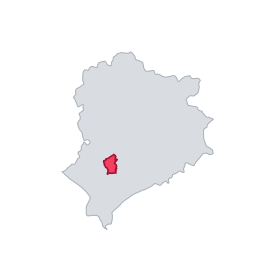 location of Baranovichy, Brest, Belarus, rotated 322°
{"feature_id": "67162791B97838850570601", "entity_name": "Baranovichy", "entity_type": "district", "adm_level": 2, "iso_a3": "BLR", "parent_name": "Belarus", "parent_adm1": "Brest", "projection": "orthographic", "projection_center": [25.916, 53.118], "detail": "fine", "context": "in_parent", "style": "filled", "palette": "rose", "viewbox_px": 256, "rotation_deg": 322, "n_neighbors": 0, "source": "geoboundaries", "source_scale": "gbopen_adm2", "svg_char_len": 6544}
<svg xmlns="http://www.w3.org/2000/svg" viewBox="0 0 256 256"><g transform="rotate(322 128 128)"><path d="M200.5,173.7L197.0,173.7L192.8,174.1L190.5,176.0L187.9,175.4L186.1,176.4L182.3,181.3L180.8,183.8L179.5,187.7L178.7,190.5L179.4,192.4L180.3,194.2L180.6,196.2L181.1,197.7L180.1,198.8L179.6,200.5L177.8,200.3L175.5,198.9L174.9,196.7L173.1,195.3L172.0,194.5L170.1,194.5L167.3,195.4L163.5,196.2L160.6,196.5L159.1,197.3L156.8,198.2L155.9,197.3L154.5,194.9L153.3,192.4L152.6,191.3L151.9,191.1L151.2,191.1L150.3,192.0L149.7,192.8L147.3,193.9L146.3,194.8L145.2,197.2L144.4,197.1L143.6,196.6L142.6,194.0L141.3,193.4L139.3,193.5L136.8,193.0L134.8,192.3L134.0,192.5L132.9,193.6L131.6,193.8L128.7,192.9L128.1,193.4L126.6,196.3L125.8,196.5L125.3,196.1L125.5,193.6L123.9,192.8L121.1,192.7L119.1,193.1L118.1,193.0L117.6,192.6L115.2,188.4L113.9,188.2L111.6,188.4L108.3,188.0L104.4,187.1L102.3,186.7L101.2,185.8L98.8,185.5L92.4,183.8L89.8,183.4L86.0,183.4L80.2,183.0L76.5,183.1L74.7,183.7L72.7,184.0L65.8,184.4L63.3,184.8L62.6,185.7L61.7,187.6L58.8,190.8L55.9,193.0L55.4,193.2L53.8,191.9L52.5,191.5L50.9,191.3L49.8,191.7L49.0,192.2L49.1,194.8L48.9,195.0L47.8,191.9L47.9,189.1L48.7,187.6L49.5,186.2L49.3,184.1L50.2,181.3L50.3,179.3L49.9,178.4L49.3,177.3L47.6,176.2L46.8,175.2L44.4,174.0L42.1,172.4L41.7,171.5L41.8,170.9L42.3,170.0L44.2,167.3L46.3,164.8L47.6,163.7L54.4,160.6L55.4,159.4L55.8,157.4L55.8,153.3L55.5,149.6L55.0,147.0L53.9,142.2L50.8,132.2L49.1,121.9L50.4,122.5L53.5,122.8L56.0,122.2L57.3,122.2L58.4,122.4L61.6,121.9L62.4,122.9L63.9,123.7L66.7,122.6L69.3,121.2L71.9,121.4L72.3,120.7L73.0,117.1L73.8,116.3L76.9,116.7L78.1,116.0L79.3,114.3L81.1,113.2L82.7,113.2L84.3,111.9L85.0,112.8L85.4,114.3L84.9,115.5L85.1,116.0L86.2,116.6L88.1,116.5L89.3,116.1L89.6,115.4L89.6,114.1L89.3,113.0L88.5,111.9L87.0,111.4L86.0,111.4L85.8,110.8L86.1,109.4L87.1,106.9L88.2,104.6L88.9,103.8L89.0,103.0L88.9,101.6L88.9,99.1L89.9,95.7L91.3,93.1L93.1,92.2L95.3,91.8L96.8,90.5L97.5,89.1L98.0,86.9L98.8,86.4L104.1,86.6L104.9,84.4L105.3,83.8L106.3,83.1L107.0,82.3L106.8,81.7L105.4,81.3L102.2,81.0L101.6,80.3L101.8,79.4L102.6,77.1L103.4,74.1L103.8,71.8L103.8,70.4L104.2,70.1L106.8,69.6L107.7,69.1L109.9,66.0L111.5,65.4L115.9,66.2L117.9,66.1L120.4,66.2L120.6,65.9L121.5,62.8L125.6,57.7L127.8,55.9L129.3,55.5L129.8,55.6L132.2,58.1L132.7,58.2L134.2,57.1L136.8,56.9L138.1,57.7L140.0,60.9L140.9,61.2L143.4,59.3L144.8,58.7L145.7,58.7L150.7,60.9L151.1,61.7L151.2,62.6L150.6,65.6L151.7,67.3L152.9,68.5L155.3,66.3L156.2,65.7L157.2,65.7L158.5,64.8L159.4,63.7L160.3,63.2L162.1,63.4L165.3,62.9L169.2,64.5L169.6,65.0L171.6,66.9L172.3,67.9L173.0,68.2L174.1,69.1L175.4,69.7L176.4,69.4L176.8,69.7L177.3,70.5L177.4,71.8L177.6,75.7L176.4,77.8L176.2,78.5L176.4,79.3L177.6,80.9L179.1,83.4L179.6,84.9L179.7,86.0L178.0,89.4L177.4,90.3L177.1,91.9L177.0,93.6L177.1,94.3L180.5,96.7L183.0,97.9L183.6,98.6L183.7,99.0L182.6,101.9L182.6,102.7L184.6,103.7L185.8,105.5L186.9,108.4L189.0,111.2L196.2,114.8L196.8,115.5L197.1,116.4L197.1,118.4L196.1,122.3L197.3,122.7L200.4,122.3L204.1,122.5L208.8,124.7L208.9,125.9L208.5,127.1L208.9,128.2L209.5,129.1L213.6,131.7L214.1,132.5L214.3,134.0L214.3,135.0L213.3,135.4L212.1,136.0L210.3,137.4L209.7,139.3L206.7,142.0L204.9,143.3L203.3,143.5L199.6,143.3L198.2,142.2L197.5,141.1L196.1,140.7L194.2,140.8L191.6,141.2L191.1,141.6L190.8,143.0L189.8,145.5L189.1,146.8L192.8,151.3L194.6,153.0L195.3,154.2L195.3,155.0L194.6,156.1L194.9,158.0L196.7,160.5L196.2,161.0L196.3,164.2L196.5,167.6L197.1,168.4L198.0,169.0L198.8,170.2L200.3,172.9L200.5,173.7Z" fill="#d9dde1" stroke="#a8b0b8" stroke-width="1"/><path d="M92.9,139.4L92.7,139.4L92.4,139.2L92.1,139.0L91.8,138.8L91.7,139.0L91.4,139.2L91.3,139.3L91.2,139.4L90.9,139.2L90.7,139.2L90.4,139.3L90.1,139.5L89.7,139.5L89.7,139.4L89.3,139.3L89.2,139.1L88.8,138.9L88.7,139.1L88.2,139.4L88.1,139.5L88.0,139.8L87.9,139.9L87.7,140.0L87.5,140.4L87.5,140.6L87.6,140.8L87.7,141.1L87.6,141.3L87.5,141.5L87.4,141.6L87.4,141.9L87.3,142.0L87.1,142.0L86.8,142.2L86.7,142.3L86.9,142.5L86.8,143.0L86.6,143.2L86.5,143.3L86.5,143.6L86.5,143.8L86.5,144.2L86.5,144.4L86.5,144.5L86.4,144.7L86.3,144.8L86.2,145.0L86.1,145.3L86.2,145.5L86.4,145.6L86.6,145.7L86.7,145.8L86.7,146.0L86.7,146.3L86.7,146.5L86.8,146.8L86.8,147.2L86.8,147.4L86.6,147.6L86.4,148.0L86.4,148.3L86.5,148.6L86.5,148.9L86.4,149.2L86.2,149.4L85.8,149.4L85.6,149.5L85.5,149.8L85.3,150.0L85.2,150.2L85.0,150.4L84.6,150.5L84.4,150.6L84.1,150.7L83.9,150.9L83.8,151.0L83.7,151.3L83.6,151.5L83.4,151.6L83.4,151.8L83.5,151.9L83.8,151.9L84.0,151.9L84.4,151.7L84.5,151.7L84.6,151.8L84.8,152.0L85.0,152.0L85.4,152.2L85.6,152.2L85.8,152.2L85.9,152.3L86.1,152.4L86.3,152.4L86.5,152.5L86.6,152.8L86.5,153.0L86.7,153.3L86.8,153.4L86.9,153.5L87.1,153.5L87.3,153.6L87.5,153.8L87.8,154.0L88.0,154.2L88.1,154.3L88.2,154.5L88.4,154.6L88.5,154.6L88.8,154.5L89.0,154.7L89.1,154.8L89.3,154.7L89.5,154.7L89.6,154.8L89.7,155.0L89.8,155.1L90.0,155.2L90.1,155.4L90.3,155.5L90.5,155.7L90.6,155.8L90.7,156.0L91.0,155.7L91.2,155.4L91.1,155.2L91.0,154.8L91.1,154.7L91.3,154.6L91.5,154.6L91.7,154.4L91.8,154.3L92.0,154.2L92.3,154.2L92.4,154.3L92.5,154.2L92.5,153.9L92.4,153.8L92.4,153.7L92.4,153.4L92.4,153.2L92.5,153.1L92.8,153.0L92.8,152.9L93.0,152.7L93.2,152.8L93.3,153.1L93.6,153.2L93.8,153.2L94.1,153.0L94.1,152.8L93.9,152.7L93.7,152.6L93.6,152.4L93.7,152.2L93.8,152.1L94.0,152.2L94.0,152.3L94.3,152.4L94.4,152.2L94.5,151.9L94.6,151.7L94.8,151.5L95.1,151.5L95.3,151.4L95.4,151.2L95.4,150.9L95.6,150.9L95.8,150.7L95.8,150.4L95.9,150.1L95.9,149.9L95.9,149.7L95.9,149.4L96.0,149.4L96.1,149.2L96.0,148.8L96.0,148.7L96.0,148.4L96.0,148.1L95.9,147.9L95.6,147.8L95.7,147.7L95.8,147.6L96.0,147.5L96.0,147.4L96.1,147.2L96.3,147.1L96.5,147.1L96.8,146.9L97.0,146.9L97.1,146.7L97.1,146.4L97.2,146.2L97.3,146.1L97.5,146.1L97.8,146.2L97.9,146.3L98.0,146.4L98.3,146.2L98.6,146.2L98.7,146.3L98.7,146.5L98.8,146.7L98.8,146.8L99.0,146.8L99.1,146.7L99.3,146.6L99.6,146.3L99.9,146.2L100.0,146.2L100.0,145.9L99.9,145.6L99.7,145.4L99.4,145.3L99.1,145.3L98.9,145.3L98.8,145.1L98.8,144.9L98.8,144.7L99.1,144.6L99.4,144.4L99.4,144.0L99.5,143.8L99.9,143.7L99.9,143.2L100.1,143.1L100.5,143.1L100.9,142.9L100.9,142.6L100.9,142.3L100.8,142.0L100.9,141.8L101.0,141.7L101.0,141.4L100.9,141.3L100.7,141.3L100.6,141.2L100.6,140.7L100.6,140.4L100.4,140.0L99.9,140.2L99.6,140.2L99.3,140.2L99.1,140.1L98.7,140.0L98.2,139.9L97.7,139.9L97.0,139.9L96.5,139.8L95.8,139.7L95.7,139.7L95.4,139.6L95.1,139.8L94.7,139.9L94.4,139.8L94.2,139.7L93.7,139.5L93.2,139.5L93.0,139.4L92.9,139.4Z" fill="#f43f5e" stroke="#9f1239" stroke-width="1.5"/></g></svg>